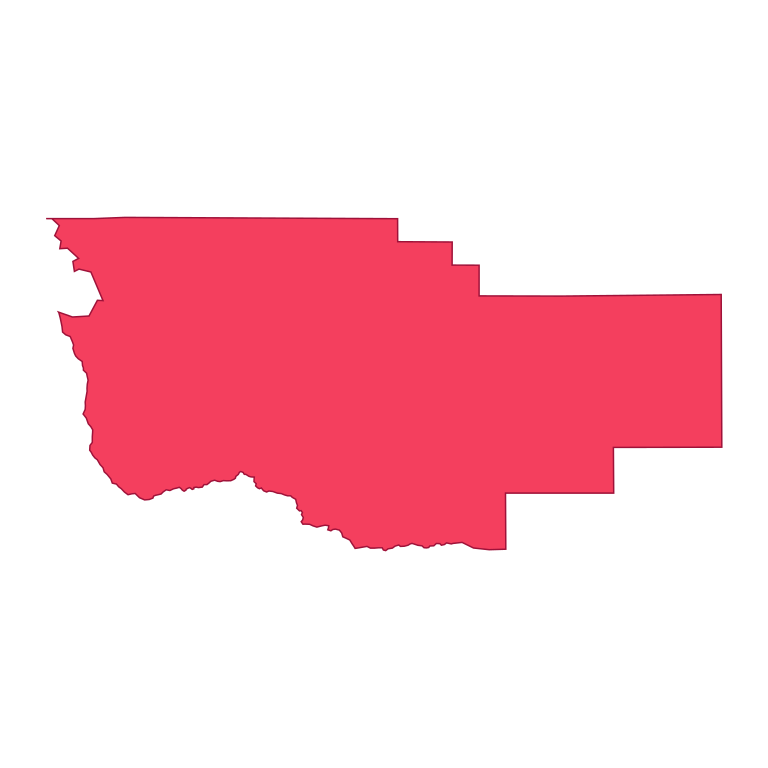 Teton, Montana, United States of America (Robinson projection)
{"feature_id": "52423323B79770151103522", "entity_name": "Teton", "entity_type": "district", "adm_level": 2, "iso_a3": "USA", "parent_name": "United States of America", "parent_adm1": "Montana", "projection": "robinson", "projection_center": [-112.547, 47.818], "detail": "fine", "context": "isolated", "style": "filled", "palette": "rose", "viewbox_px": 768, "rotation_deg": 0, "n_neighbors": 0, "source": "geoboundaries", "source_scale": "gbopen_adm2", "svg_char_len": 2773}
<svg xmlns="http://www.w3.org/2000/svg" viewBox="0 0 768 768"><path d="M58.5,312.1L58.9,312.8L60.3,318.2L62.0,326.5L62.6,332.1L65.7,334.8L70.2,336.5L72.4,341.7L73.6,345.0L72.9,348.4L74.5,353.5L75.7,356.0L78.2,358.7L82.2,361.5L82.5,365.5L83.4,367.9L83.4,370.2L86.6,373.2L87.2,376.3L88.1,380.2L87.3,384.1L87.0,388.3L87.1,391.3L86.3,395.8L85.9,398.1L85.2,402.0L85.4,405.7L85.2,409.4L83.1,414.0L86.3,418.1L88.3,423.8L90.8,426.6L92.7,429.8L92.6,432.5L92.3,436.7L92.3,442.4L90.0,445.4L89.7,450.2L91.2,452.2L92.7,455.1L94.9,457.9L97.3,459.7L100.1,464.6L103.0,467.7L104.2,471.8L107.2,474.5L110.8,478.9L112.3,483.1L116.5,484.1L118.7,486.8L121.3,488.7L124.4,492.0L128.0,494.7L131.9,493.8L135.2,493.5L139.5,497.7L144.6,499.9L149.2,499.5L152.9,498.1L153.6,496.1L155.5,495.3L157.4,494.9L161.1,494.0L163.2,491.9L166.2,489.8L169.9,490.5L173.5,488.8L177.0,488.0L179.3,487.3L181.1,488.6L182.3,490.1L184.1,491.2L185.9,490.2L186.2,489.2L188.2,488.1L189.5,487.6L190.7,488.2L192.2,489.4L193.8,488.8L193.9,487.5L196.2,487.1L198.4,487.6L202.3,487.1L204.0,484.6L206.9,484.6L208.9,483.1L210.8,481.3L214.6,480.2L217.7,481.3L220.2,481.6L223.3,480.6L226.7,480.8L230.8,480.7L233.9,479.3L235.4,478.2L235.8,476.4L238.3,474.4L239.4,472.3L240.8,471.5L243.3,472.5L243.8,473.8L244.7,474.4L245.8,474.3L248.9,476.3L251.0,476.9L254.3,477.1L254.1,478.9L254.0,481.6L256.2,483.7L255.6,485.9L257.6,487.8L259.4,488.7L261.4,488.0L262.7,489.7L263.7,490.8L266.6,492.0L268.9,491.0L272.9,491.5L277.2,493.1L281.4,493.6L284.5,494.9L287.6,495.8L290.7,495.8L292.2,497.3L295.7,499.3L296.5,502.9L297.5,505.4L296.7,508.2L299.5,510.9L301.1,510.6L302.4,512.6L301.5,514.6L303.3,517.5L302.6,520.0L301.2,521.7L302.9,524.2L305.2,524.1L309.7,524.3L313.1,525.9L316.9,527.1L322.0,525.8L325.1,525.2L328.7,525.7L328.5,527.6L327.8,529.8L330.9,530.8L332.8,529.5L335.4,529.1L339.4,530.1L341.7,533.0L342.8,536.8L345.8,538.1L349.8,540.0L352.0,543.6L353.9,546.4L355.1,548.4L358.4,547.9L361.8,547.3L367.0,546.4L370.4,548.1L374.7,548.1L378.3,547.8L382.2,547.8L383.4,550.0L385.7,550.6L388.1,548.8L392.4,548.1L395.1,546.1L398.8,545.0L400.4,546.4L404.4,546.2L408.1,545.2L410.0,544.0L412.0,543.4L414.0,544.0L417.9,545.3L422.0,545.8L424.0,547.7L426.5,547.9L428.7,547.5L429.8,546.0L433.8,545.8L436.3,543.5L439.8,543.6L441.4,545.2L444.5,544.5L446.5,542.9L451.3,543.9L453.1,543.4L462.1,542.4L473.5,548.0L489.2,549.7L505.8,549.2L505.5,493.1L613.7,493.1L613.4,447.4L622.2,447.4L721.8,447.2L721.2,294.5L561.0,296.1L479.1,295.9L479.1,265.2L452.1,265.1L452.2,242.0L397.7,241.7L397.6,218.7L125.1,217.4L94.0,218.6L46.1,218.6L52.0,218.7L59.3,225.6L54.7,235.7L61.1,241.0L59.8,248.7L67.5,248.2L78.6,258.4L72.9,261.4L74.4,271.4L79.0,269.1L90.9,272.0L103.0,300.6L97.4,300.3L89.0,316.0L72.5,317.0L58.5,312.1Z" fill="#f43f5e" stroke="#9f1239" stroke-width="1.5"/></svg>